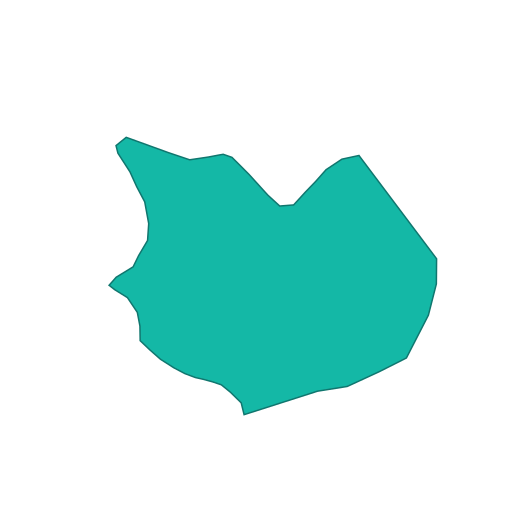 Buk-gu, Ulsan, South Korea, rotated 141°
{"feature_id": "91817680B63178832268751", "entity_name": "Buk-gu", "entity_type": "district", "adm_level": 2, "iso_a3": "KOR", "parent_name": "South Korea", "parent_adm1": "Ulsan", "projection": "equal_earth", "projection_center": [129.393, 35.595], "detail": "fine", "context": "isolated", "style": "filled", "palette": "teal", "viewbox_px": 512, "rotation_deg": 141, "n_neighbors": 0, "source": "geoboundaries", "source_scale": "gbopen_adm2", "svg_char_len": 816}
<svg xmlns="http://www.w3.org/2000/svg" viewBox="0 0 512 512"><g transform="rotate(141 256 256)"><path d="M117.4,140.2L112.8,267.8L112.7,269.3L128.3,277.2L147.1,279.0L162.7,276.4L177.4,274.6L194.6,272.0L206.1,279.9L208.5,295.8L210.1,324.0L212.6,347.8L217.5,355.7L219.5,356.8L221.1,357.7L230.6,362.8L247.0,372.5L259.3,391.9L282.2,429.9L287.9,429.9L295.3,429.9L298.6,422.8L301.0,400.7L305.1,384.9L308.4,368.1L319.0,348.7L330.5,336.3L346.9,330.2L358.3,324.9L378.0,327.5L388.6,325.7L387.0,318.7L382.1,304.6L383.7,286.9L390.3,274.6L399.3,263.1L397.6,249.9L395.2,235.8L390.2,220.8L385.3,209.4L379.6,199.7L374.7,193.5L369.0,185.6L364.0,177.7L361.6,166.2L359.9,151.2L365.1,140.2L293.2,112.2L267.2,97.2L233.3,88.6L203.3,82.1L159.3,101.5L133.4,120.8L117.4,140.2Z" fill="#14b8a6" stroke="#0f766e" stroke-width="1.5"/></g></svg>